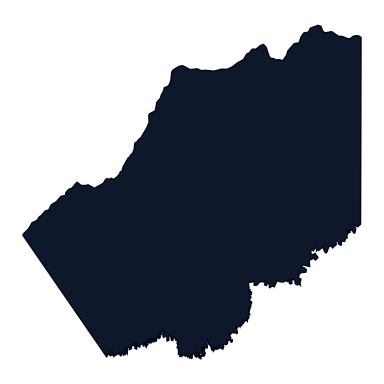 the district of La Primavera, Vichada, Colombia
{"feature_id": "7082276B79369128068178", "entity_name": "La Primavera", "entity_type": "district", "adm_level": 2, "iso_a3": "COL", "parent_name": "Colombia", "parent_adm1": "Vichada", "projection": "equal_earth", "projection_center": [-69.552, 5.549], "detail": "fine", "context": "isolated", "style": "filled", "palette": "ink", "viewbox_px": 384, "rotation_deg": 0, "n_neighbors": 0, "source": "geoboundaries", "source_scale": "gbopen_adm2", "svg_char_len": 6046}
<svg xmlns="http://www.w3.org/2000/svg" viewBox="0 0 384 384"><path d="M173.1,70.0L171.8,72.2L170.9,80.6L169.7,84.1L167.6,86.6L164.5,87.7L163.1,92.1L161.2,95.2L160.8,97.7L156.9,102.3L155.3,110.8L149.9,113.7L148.9,115.0L149.1,122.6L146.8,127.9L140.9,137.9L138.7,139.4L137.2,141.7L134.9,143.1L134.2,149.4L132.5,153.6L130.5,155.1L129.9,157.1L128.4,157.7L123.4,166.4L121.9,171.3L120.4,171.8L119.6,174.0L117.2,176.8L113.6,179.5L111.3,178.3L108.9,179.5L107.1,178.5L105.5,179.8L103.3,183.4L94.4,188.3L88.1,184.9L85.2,185.6L81.0,185.5L77.5,182.5L76.7,182.5L71.9,188.3L69.0,189.3L67.0,191.3L65.9,192.8L65.6,195.5L61.0,196.4L56.6,201.6L51.3,204.9L48.9,209.9L45.2,211.1L41.0,215.9L39.7,216.6L38.3,218.3L38.0,220.0L36.5,220.3L35.3,222.1L34.3,221.6L32.0,222.9L28.8,228.7L23.3,234.1L23.0,235.3L106.6,356.7L107.5,355.2L106.1,354.0L107.0,353.4L108.7,354.2L108.8,352.1L109.5,351.5L110.0,352.1L109.2,354.4L110.5,355.7L112.5,354.3L112.2,351.5L113.2,351.8L113.6,353.0L113.0,355.2L113.7,356.4L114.6,355.3L115.6,355.5L116.4,353.3L117.6,353.3L118.1,355.0L118.2,352.6L119.1,352.1L120.4,355.6L121.4,355.5L121.3,354.2L122.2,352.8L123.0,353.4L123.5,355.0L124.9,354.7L125.5,354.2L125.3,352.9L123.6,352.1L124.6,350.7L124.8,348.6L126.0,349.2L125.4,350.9L127.2,353.5L127.3,347.8L129.0,347.0L129.6,348.3L129.4,349.5L131.4,348.5L131.5,344.8L133.0,345.6L135.0,345.3L135.0,348.3L136.5,349.0L137.0,346.6L135.2,343.6L135.8,342.3L136.7,343.0L137.4,345.6L139.7,347.0L140.1,344.5L141.1,344.4L141.6,343.5L143.4,344.5L143.1,345.7L143.7,346.0L144.2,344.5L143.8,342.5L144.4,342.0L146.2,347.0L147.4,344.6L146.6,344.3L147.0,343.3L146.2,342.4L148.3,341.8L148.7,343.2L149.5,342.2L147.9,340.0L150.2,340.5L151.0,342.9L152.2,341.5L151.2,339.2L151.5,338.2L152.2,338.5L152.5,339.5L151.9,340.3L153.3,341.7L154.5,341.5L154.3,339.2L155.0,339.4L155.2,338.6L156.0,339.1L155.6,341.0L156.1,341.1L157.6,336.1L158.5,336.3L158.8,338.1L159.6,338.2L160.3,336.6L159.3,334.0L159.9,333.9L160.4,335.3L161.1,334.5L161.0,332.8L161.7,333.4L161.2,331.9L162.8,331.5L164.1,331.7L163.2,333.7L163.1,336.6L163.6,337.3L165.0,336.6L165.6,335.5L166.8,335.9L167.1,341.0L168.7,340.3L168.9,335.5L171.0,336.2L171.3,339.7L172.3,340.5L173.1,339.9L172.9,337.1L173.8,337.6L174.2,336.8L175.0,337.0L175.7,340.0L177.8,341.2L177.1,343.6L178.2,344.8L177.4,346.6L177.8,347.3L177.3,347.7L178.2,348.4L178.4,349.6L179.0,349.1L178.4,352.8L178.9,353.1L178.6,354.2L179.6,354.3L179.8,356.3L180.7,356.0L181.2,354.3L181.8,356.2L183.4,354.8L184.4,355.4L184.8,354.3L185.4,354.6L184.9,355.7L185.4,356.2L186.9,355.3L187.1,354.3L187.7,357.0L189.7,356.1L189.7,358.0L190.8,357.6L191.7,358.3L192.1,357.6L192.3,353.5L194.1,353.7L195.0,355.8L196.7,357.2L197.3,356.1L196.5,353.8L194.9,352.8L196.5,351.7L198.1,353.2L199.1,357.7L200.8,358.6L201.0,356.6L199.4,354.6L199.8,352.7L202.3,353.7L201.3,355.9L203.4,356.3L204.6,355.2L205.2,353.2L204.2,351.0L204.5,349.0L203.4,348.3L201.8,349.5L201.7,349.0L202.8,346.0L205.1,348.0L207.3,347.7L206.9,342.4L207.6,339.5L208.1,339.8L208.9,344.3L210.8,346.0L211.4,348.1L212.2,347.4L211.8,349.8L213.2,349.6L213.4,351.0L214.5,349.6L213.8,348.2L214.1,347.6L215.2,348.9L215.9,348.8L216.4,347.6L216.9,349.2L218.4,348.2L219.2,349.0L218.7,347.4L218.9,345.8L221.4,348.5L222.9,349.0L223.7,346.3L222.7,344.7L224.6,344.0L226.1,344.7L227.4,343.5L227.5,341.3L228.8,340.0L230.0,340.0L231.3,342.2L232.1,341.8L232.3,339.8L230.5,339.5L230.6,337.2L229.3,336.5L230.0,335.4L229.3,333.7L230.3,334.3L232.6,332.0L233.6,332.9L234.6,332.3L236.4,333.5L237.4,333.0L237.0,330.4L236.1,329.5L237.2,327.7L235.8,326.1L237.6,326.9L239.1,325.8L239.9,326.7L239.9,325.7L241.3,325.7L242.2,324.1L241.3,323.0L241.7,319.7L243.4,320.0L242.3,322.8L243.3,323.4L244.5,320.9L245.6,320.9L246.6,319.8L247.3,320.9L247.5,319.5L246.5,317.4L248.1,318.6L249.0,317.4L248.3,315.2L249.8,314.5L248.8,313.0L249.3,311.4L249.0,310.6L249.8,309.3L248.9,308.0L250.0,307.9L250.7,306.6L250.7,304.6L251.6,302.6L251.2,301.6L249.5,300.9L249.6,298.8L249.1,298.1L250.0,298.4L250.9,297.5L250.7,296.8L249.9,297.4L249.6,296.8L250.0,294.9L251.3,294.3L251.0,293.0L251.5,292.2L250.6,291.6L249.6,292.6L248.7,292.1L250.0,289.7L248.3,288.8L249.0,287.3L248.4,284.9L248.9,282.2L251.8,282.1L253.5,280.8L254.3,283.0L254.1,285.1L255.6,285.3L257.1,285.0L259.1,282.3L262.0,281.4L263.3,282.0L265.3,281.0L264.6,284.9L266.4,285.4L267.8,283.1L268.8,283.2L269.4,284.6L269.3,286.9L270.2,287.6L271.3,286.3L273.0,286.2L273.5,284.4L274.3,284.9L274.4,286.1L277.3,280.4L279.5,281.6L282.5,282.0L284.2,281.7L285.5,280.1L287.2,281.5L289.1,280.1L289.4,283.3L290.7,283.9L291.9,283.1L291.7,279.5L293.1,279.1L295.1,281.0L295.3,283.7L297.3,284.9L299.2,283.9L300.2,285.0L299.9,282.9L300.9,279.3L298.6,278.0L298.9,274.4L301.2,272.5L305.7,272.2L306.3,270.7L306.2,269.6L304.5,268.0L300.7,267.0L303.3,264.9L309.6,266.4L309.2,260.9L309.6,259.9L311.7,259.2L313.0,257.9L315.4,259.9L317.7,258.0L317.7,257.0L316.0,255.2L315.3,253.5L313.1,254.8L310.1,253.9L310.2,252.9L310.8,252.9L311.0,250.2L312.2,249.7L313.4,250.8L314.7,248.4L315.9,247.7L316.6,248.7L316.6,250.7L317.8,249.7L318.6,250.4L322.8,247.0L324.9,252.0L325.9,252.8L327.0,251.8L328.7,246.9L329.5,246.0L331.2,246.2L332.8,247.8L333.9,246.2L335.7,245.3L336.3,243.7L335.7,241.9L336.6,240.8L338.1,241.6L338.7,244.0L340.8,245.2L341.4,244.2L341.4,240.8L344.5,241.4L345.8,238.1L347.1,237.8L346.8,235.5L348.2,232.9L350.1,232.1L349.8,230.9L347.6,231.6L347.5,230.2L351.4,230.0L352.6,230.7L353.8,233.0L354.9,232.8L355.7,229.1L354.7,226.5L354.9,224.5L356.8,226.5L357.8,226.7L360.5,224.1L361.0,37.5L358.7,36.0L356.9,35.7L353.2,36.3L350.4,38.6L348.1,38.8L341.8,36.4L338.7,36.4L331.6,31.7L325.9,32.8L324.1,32.5L322.4,30.5L320.9,26.4L318.0,25.4L310.3,28.3L308.9,31.4L308.0,32.2L304.0,33.0L301.2,36.8L299.1,42.9L294.1,43.8L287.8,51.1L286.8,55.0L282.9,60.6L279.0,59.7L275.6,60.0L273.9,58.7L270.2,58.2L268.9,55.9L266.2,47.6L263.4,44.5L260.4,45.6L256.1,49.2L252.4,49.2L251.0,50.5L250.1,52.4L246.7,54.2L243.6,59.6L237.5,62.9L232.3,67.0L227.2,69.4L221.8,69.2L213.9,71.2L205.8,70.4L201.3,70.7L197.3,68.9L190.0,69.6L182.6,65.7L178.9,66.5L173.1,70.0Z" fill="#0f172a" stroke="#020617" stroke-width="1.5"/></svg>